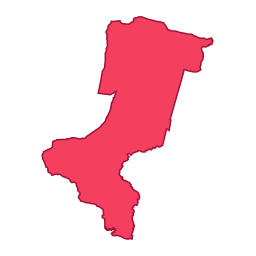 La Candelaria, Salta, Argentina (Natural Earth projection), rotated 269°
{"feature_id": "61730980B21173322628341", "entity_name": "La Candelaria", "entity_type": "district", "adm_level": 2, "iso_a3": "ARG", "parent_name": "Argentina", "parent_adm1": "Salta", "projection": "natural_earth1", "projection_center": [-65.359, -26.083], "detail": "fine", "context": "isolated", "style": "filled", "palette": "rose", "viewbox_px": 256, "rotation_deg": 269, "n_neighbors": 0, "source": "geoboundaries", "source_scale": "gbopen_adm2", "svg_char_len": 5736}
<svg xmlns="http://www.w3.org/2000/svg" viewBox="0 0 256 256"><g transform="rotate(269 128 128)"><path d="M216.5,212.6L215.9,211.8L215.8,210.3L215.1,207.5L216.5,205.9L216.4,203.0L216.7,201.0L217.8,198.4L218.5,197.6L219.0,195.7L220.3,194.0L220.7,192.7L220.9,189.0L221.9,185.6L222.1,184.1L222.8,181.0L224.0,177.5L224.4,172.9L226.2,168.9L227.3,168.8L228.5,168.2L232.6,165.2L233.5,162.2L234.4,157.3L235.1,155.3L236.6,149.3L238.7,144.2L239.1,141.4L238.0,138.1L237.9,136.3L236.0,135.2L234.5,135.4L233.6,133.2L231.8,130.9L231.9,128.8L232.3,125.3L233.2,122.9L234.1,122.3L235.4,121.9L234.8,116.1L234.8,113.8L235.0,113.1L233.0,112.7L231.3,110.7L230.0,109.8L227.8,109.7L225.5,108.1L224.1,107.7L223.4,108.0L222.3,108.2L221.6,109.1L220.9,108.7L219.3,108.4L217.5,108.4L215.6,108.8L212.4,108.7L210.0,108.9L207.6,107.5L205.8,107.9L203.4,106.6L195.8,106.5L190.8,105.8L189.2,105.8L188.2,105.4L185.4,103.4L176.2,101.7L163.2,98.8L161.6,111.0L164.7,116.6L158.5,114.9L158.6,114.0L154.1,113.1L154.0,112.2L147.5,110.8L147.4,111.1L139.2,107.3L139.4,106.9L135.4,105.5L132.8,103.3L132.3,102.4L129.4,100.2L120.4,86.7L119.6,85.8L118.6,85.0L118.3,84.0L118.6,82.7L118.4,81.6L117.7,80.3L117.9,79.0L118.7,76.7L119.0,75.2L119.1,73.4L119.3,71.5L118.3,69.5L118.3,66.5L117.5,65.3L117.7,63.5L117.6,56.7L116.3,54.5L116.2,53.0L115.5,52.5L110.9,52.1L109.6,51.4L108.8,50.3L108.7,49.4L107.8,48.5L108.0,47.4L107.0,46.6L106.9,45.6L106.2,44.4L106.0,43.2L104.6,43.0L102.7,41.7L102.0,41.6L99.9,42.2L98.7,42.1L95.4,43.8L92.4,44.8L90.6,45.1L90.2,46.5L89.5,46.8L88.5,47.2L87.4,47.0L86.7,47.5L86.0,47.2L85.1,47.7L84.4,49.3L83.8,50.1L82.1,51.1L82.1,51.7L83.0,54.3L83.2,55.6L82.6,56.8L83.3,58.0L82.7,58.9L82.1,60.4L80.6,61.9L80.2,63.6L79.2,65.6L78.9,66.8L77.8,68.5L75.0,70.0L74.5,70.8L74.7,72.5L74.4,74.2L73.2,75.3L71.7,75.3L68.5,76.7L66.8,76.7L65.8,77.0L65.3,77.7L64.3,78.3L63.6,78.9L62.5,79.0L62.1,78.1L61.4,78.4L60.7,77.5L59.6,77.2L58.8,77.5L56.9,78.9L55.8,79.4L55.6,80.5L55.1,81.6L55.0,82.7L54.4,83.6L53.9,85.2L54.0,87.0L53.1,89.5L52.9,90.6L52.9,91.9L52.4,93.6L51.5,95.0L50.4,95.5L50.0,97.0L49.0,99.1L48.3,99.8L47.6,100.9L46.8,101.6L44.7,101.9L43.6,101.8L42.7,102.1L41.5,102.0L41.1,100.8L39.5,100.6L38.7,101.0L38.0,102.5L37.4,103.1L31.7,103.3L30.7,103.0L28.3,103.3L28.2,103.9L28.7,104.4L28.3,104.8L28.0,104.7L27.7,103.8L27.4,103.8L27.1,104.3L27.4,104.9L27.2,105.1L26.2,105.1L26.0,105.4L26.1,105.8L27.0,106.1L27.4,107.1L27.5,107.4L27.1,107.5L26.3,106.5L26.1,107.2L26.7,107.9L26.8,108.4L27.3,109.0L27.2,109.2L26.8,108.8L26.4,108.9L26.0,109.2L25.9,109.5L26.7,110.2L27.2,110.9L27.6,111.0L26.8,111.4L26.9,111.8L28.4,111.5L28.5,111.7L28.3,111.9L27.3,112.3L27.2,112.6L27.5,113.0L27.4,113.3L27.2,113.3L26.5,112.9L25.9,112.9L25.8,113.3L25.0,112.4L24.2,112.7L24.2,111.7L24.0,111.4L24.2,111.1L23.6,110.3L23.2,110.2L22.9,109.7L22.6,110.1L22.2,110.3L21.4,110.1L20.9,110.8L20.6,111.7L20.6,114.3L20.9,115.0L20.8,115.7L20.5,116.4L19.9,118.4L19.3,119.7L18.6,120.5L17.6,123.0L17.0,124.9L17.2,125.5L17.0,125.8L16.9,126.1L17.3,126.8L17.2,127.1L17.4,129.0L16.9,129.8L17.0,130.3L17.8,130.5L18.7,130.0L19.7,130.2L20.1,129.8L20.5,129.7L20.5,130.0L20.7,129.7L21.3,130.0L21.8,129.6L23.6,130.5L23.8,130.9L24.2,131.0L24.9,130.7L25.3,130.9L25.6,131.3L26.2,131.5L26.9,131.1L27.1,131.2L27.1,131.9L28.2,131.8L29.3,132.6L29.5,132.6L29.9,132.0L30.1,132.0L30.3,132.6L30.5,132.6L30.8,132.2L31.5,132.2L32.0,131.8L33.3,131.9L34.3,131.4L34.9,131.3L35.4,130.7L35.8,130.6L36.4,130.8L37.0,130.6L37.8,130.8L39.2,130.7L40.1,131.3L40.6,131.0L40.8,131.1L40.9,131.8L41.0,131.9L41.9,131.7L42.9,132.0L43.5,131.7L43.7,131.8L43.9,132.5L44.3,132.7L45.8,132.3L46.6,131.6L47.1,130.8L47.7,131.1L48.4,131.1L48.7,131.4L49.0,132.3L50.0,132.3L51.0,133.6L51.0,134.1L50.5,135.4L50.6,135.6L53.1,136.6L54.2,136.7L56.1,136.1L56.5,136.2L56.6,136.6L56.3,137.2L56.3,137.4L57.1,138.1L57.5,138.3L59.3,138.3L62.1,137.7L64.2,136.0L64.9,134.1L66.3,132.8L66.4,132.2L66.8,131.6L67.2,131.4L68.3,131.5L69.6,129.8L70.3,129.8L70.4,130.0L71.1,130.1L72.2,129.1L73.0,128.9L73.8,127.5L73.9,127.0L74.7,126.1L75.0,125.0L75.6,124.5L75.2,123.4L75.2,123.2L75.5,123.0L76.0,122.9L76.8,122.3L76.7,120.9L77.3,120.8L78.3,121.7L78.7,121.8L79.3,121.3L79.4,120.3L79.7,119.9L80.3,119.7L81.0,118.8L81.9,118.3L82.2,118.3L82.6,118.8L83.6,118.9L84.4,118.7L85.3,119.2L86.4,119.1L87.1,120.4L88.2,120.9L88.4,121.2L89.9,122.2L90.3,122.1L90.2,121.6L90.7,121.2L91.1,121.2L92.5,121.9L94.2,123.1L94.7,124.1L94.8,124.8L95.5,126.1L95.7,126.8L96.5,127.7L97.9,127.2L98.3,127.5L98.9,128.4L99.1,128.5L99.6,128.2L100.9,127.1L101.5,126.9L102.2,127.4L102.5,128.6L102.1,129.3L101.1,130.0L100.9,130.4L100.9,130.8L101.3,131.2L102.7,132.2L103.5,134.1L104.4,137.1L105.0,138.1L105.1,138.9L105.0,139.8L104.1,141.0L103.8,141.8L103.8,144.6L104.0,145.1L105.2,145.4L105.3,145.8L105.1,146.4L105.1,146.9L106.3,148.3L106.5,148.7L106.6,149.3L105.7,150.4L105.8,151.0L106.8,152.0L108.0,152.5L107.9,153.3L107.6,153.5L107.4,153.8L107.3,154.3L107.6,155.0L107.7,155.4L108.0,155.5L108.4,155.5L109.3,155.9L109.4,157.0L108.5,158.1L108.4,158.6L108.7,160.1L109.6,161.3L110.0,162.0L110.0,162.3L126.3,166.5L124.8,169.1L135.2,171.0L135.7,170.2L183.3,184.7L184.9,184.6L185.2,186.1L184.5,188.4L183.8,190.0L183.9,190.9L183.3,192.7L182.9,195.2L182.9,198.0L183.6,198.8L183.8,199.9L184.8,201.7L186.1,201.6L187.5,201.0L190.0,202.1L191.5,201.9L192.3,202.1L193.1,202.7L193.8,203.0L194.7,203.8L197.6,204.5L200.1,204.5L201.9,204.3L202.8,204.0L203.2,203.4L204.7,203.0L206.3,202.8L207.9,203.8L207.9,205.5L207.6,206.7L208.1,208.2L208.8,209.0L208.8,209.3L209.0,209.5L208.8,209.9L209.7,210.1L209.7,210.5L209.3,210.7L210.2,211.9L210.3,213.3L210.9,213.4L211.3,213.1L212.2,213.8L213.5,214.4L213.7,214.1L214.1,214.1L214.4,213.6L215.0,213.8L215.2,213.5L216.0,213.3L216.1,212.7L216.5,212.6Z" fill="#f43f5e" stroke="#9f1239" stroke-width="1.5"/></g></svg>